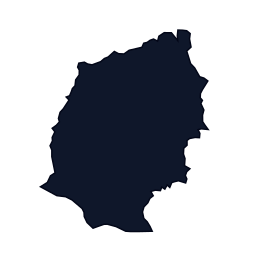 the district of Gentil, Rio Grande do Sul, Brazil, rotated 187°
{"feature_id": "56859067B14485327469822", "entity_name": "Gentil", "entity_type": "district", "adm_level": 2, "iso_a3": "BRA", "parent_name": "Brazil", "parent_adm1": "Rio Grande do Sul", "projection": "orthographic", "projection_center": [-52.047, -28.389], "detail": "fine", "context": "isolated", "style": "filled", "palette": "ink", "viewbox_px": 256, "rotation_deg": 187, "n_neighbors": 0, "source": "geoboundaries", "source_scale": "gbopen_adm2", "svg_char_len": 1541}
<svg xmlns="http://www.w3.org/2000/svg" viewBox="0 0 256 256"><g transform="rotate(187 128 128)"><path d="M91.4,28.5L94.2,33.0L97.5,37.2L101.3,40.2L103.4,46.4L102.6,51.6L99.2,56.2L97.7,60.8L94.7,63.8L97.6,67.8L93.4,69.6L88.2,69.8L87.3,73.5L84.0,71.8L82.2,76.2L79.3,74.1L77.9,79.2L75.0,80.5L71.5,81.8L64.1,80.5L63.4,84.6L65.3,87.8L64.4,91.8L61.6,95.1L67.3,97.5L67.7,104.6L69.8,108.9L70.2,114.7L67.3,118.1L67.9,122.8L65.6,125.1L60.3,126.8L55.9,127.1L56.0,131.4L58.3,134.9L55.2,136.1L48.3,136.3L51.8,140.0L54.7,143.4L55.6,149.9L54.9,155.1L58.7,161.2L57.5,164.5L60.0,166.8L60.3,171.1L58.8,175.2L54.5,184.4L58.7,186.8L63.1,187.6L69.2,195.8L73.7,199.5L79.1,211.5L75.3,216.0L77.8,223.9L77.8,229.3L81.6,231.7L85.7,231.7L90.4,231.3L90.3,225.7L89.3,220.8L96.5,227.8L103.7,227.0L108.5,222.9L109.2,217.8L113.5,219.4L116.7,217.8L119.4,215.3L122.7,214.1L124.0,209.8L136.3,205.3L141.0,201.0L146.4,200.6L150.9,202.3L153.6,199.2L156.4,196.0L159.9,194.1L163.2,190.5L171.4,186.3L175.9,186.6L179.3,188.0L184.7,186.4L185.4,182.3L183.4,179.5L182.9,174.7L185.8,169.4L185.7,163.5L188.0,160.4L188.7,157.0L189.9,152.9L193.1,151.2L189.9,148.6L194.6,139.1L197.3,135.3L198.2,129.0L196.8,125.8L199.4,122.0L203.2,118.5L200.1,115.3L202.1,109.4L201.4,106.0L203.2,100.9L200.9,96.8L200.1,90.2L194.9,74.6L199.1,71.1L201.4,64.1L207.7,59.0L190.4,52.2L181.5,52.2L174.8,49.8L163.7,42.5L161.4,39.0L160.6,34.7L157.1,29.2L150.5,24.3L145.6,26.8L140.1,29.5L136.8,30.0L127.8,28.7L117.8,25.3L112.4,25.6L103.1,26.8L91.4,28.5Z" fill="#0f172a" stroke="#020617" stroke-width="1.5"/></g></svg>